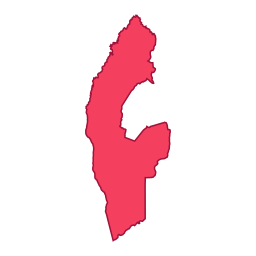 outline of Tuntum, Maranhão, Brazil
{"feature_id": "56859067B40556057821371", "entity_name": "Tuntum", "entity_type": "district", "adm_level": 2, "iso_a3": "BRA", "parent_name": "Brazil", "parent_adm1": "Maranhão", "projection": "equal_earth", "projection_center": [-44.727, -5.601], "detail": "fine", "context": "isolated", "style": "filled", "palette": "rose", "viewbox_px": 256, "rotation_deg": 0, "n_neighbors": 0, "source": "geoboundaries", "source_scale": "gbopen_adm2", "svg_char_len": 5766}
<svg xmlns="http://www.w3.org/2000/svg" viewBox="0 0 256 256"><path d="M111.9,53.2L110.4,52.4L109.9,52.9L110.4,53.3L110.2,54.8L109.7,55.2L109.6,56.2L109.1,56.7L108.6,56.9L108.1,57.4L108.2,58.3L107.1,59.5L106.9,60.2L107.0,61.1L106.9,62.0L106.1,62.1L104.9,63.3L104.8,64.7L104.6,65.5L104.1,65.9L102.5,66.6L102.1,67.4L102.2,68.6L102.7,69.0L102.3,69.9L102.1,70.9L101.6,71.7L101.1,71.8L99.8,73.0L98.9,73.1L97.8,74.2L97.8,75.2L98.3,76.0L98.1,77.0L97.9,77.7L97.4,77.7L96.1,77.1L95.6,77.4L95.5,78.1L94.9,78.6L94.5,78.1L93.9,77.9L93.4,80.2L92.8,80.7L92.7,81.4L93.4,82.8L93.3,83.9L93.4,85.7L93.1,86.3L92.9,85.7L92.6,85.3L92.2,85.8L92.0,87.3L92.0,88.3L91.6,89.0L91.9,89.8L91.1,91.2L90.7,92.8L90.6,93.5L91.2,93.8L91.1,94.8L90.3,95.2L90.4,96.0L90.7,96.9L89.9,98.7L90.0,99.8L89.8,101.0L89.6,101.8L89.1,101.8L88.6,102.5L88.5,103.3L88.5,104.0L88.0,104.7L87.4,104.7L86.9,106.1L86.1,106.5L86.2,107.4L86.1,108.4L86.8,109.3L86.3,112.1L86.4,113.1L87.3,114.9L87.6,118.5L87.4,119.5L87.6,121.0L87.5,121.6L87.4,123.1L87.2,123.7L87.2,124.5L86.9,125.4L86.7,126.5L86.6,128.1L86.0,129.4L85.8,130.6L85.8,131.6L85.9,133.6L86.2,134.6L86.7,135.5L87.7,136.9L89.0,137.6L90.0,138.8L90.7,139.9L91.2,141.4L91.9,142.7L92.9,144.0L93.1,145.4L93.4,146.2L93.6,147.0L93.7,150.0L93.5,150.8L93.3,152.7L93.4,155.7L93.1,158.0L93.2,158.7L93.2,161.3L92.9,163.5L93.3,164.7L93.3,165.6L92.9,167.3L92.8,168.4L92.8,169.2L93.0,170.2L93.9,171.8L94.3,172.2L94.7,172.7L94.9,174.9L94.9,177.3L95.3,178.7L95.9,178.9L96.2,179.6L97.2,180.4L97.3,181.2L97.6,182.0L98.0,182.4L98.2,183.2L98.7,183.9L98.9,184.8L100.7,187.5L101.0,188.8L101.5,189.9L103.4,191.8L104.3,192.3L104.7,192.8L104.7,193.6L105.6,195.1L105.6,195.9L106.5,200.0L107.2,201.6L107.5,202.7L107.2,203.5L106.6,204.4L106.4,205.1L106.3,206.1L105.9,207.0L105.9,208.0L106.1,208.7L105.5,211.3L106.7,214.9L107.8,219.5L113.2,240.6L114.0,240.0L114.7,239.7L115.3,239.6L116.3,238.9L117.0,238.1L117.7,237.8L117.9,237.1L118.0,235.4L118.3,234.9L118.9,234.5L119.5,234.8L119.9,235.3L120.9,235.3L122.7,234.7L123.3,234.0L124.5,232.9L124.8,231.8L125.6,230.9L126.1,230.2L127.5,229.6L128.0,229.1L129.4,228.6L129.8,227.8L130.9,226.2L131.8,225.4L132.8,225.3L133.3,225.0L134.0,225.2L134.5,225.6L135.3,225.0L135.9,224.3L136.2,223.8L136.6,223.3L137.1,223.1L137.3,222.5L138.1,222.3L137.9,223.0L139.0,223.6L139.6,223.2L139.3,222.0L139.7,221.2L140.3,220.9L142.5,221.3L143.6,220.3L144.0,219.7L144.6,219.4L145.2,218.7L145.1,184.6L145.3,177.6L146.2,177.7L151.4,177.5L153.0,177.2L153.7,176.6L154.5,175.7L154.9,175.6L155.2,175.0L155.7,172.7L155.6,171.4L154.7,169.7L154.6,169.0L154.5,167.7L154.8,166.6L155.3,165.9L156.8,164.8L157.5,164.0L157.8,163.2L157.4,162.4L157.3,161.6L158.4,160.3L160.3,159.2L161.6,158.9L164.5,158.6L167.3,157.0L167.7,155.2L167.6,153.4L168.3,151.8L168.7,149.9L169.1,149.2L169.3,148.0L169.4,145.5L169.7,144.4L169.7,143.4L169.4,140.8L169.5,139.5L169.4,137.3L169.7,136.1L169.8,134.4L169.7,133.7L170.1,132.7L170.2,131.5L170.2,130.8L169.8,129.7L167.9,129.5L167.4,127.3L167.3,125.6L166.6,123.5L166.2,122.8L164.6,122.3L163.3,122.9L162.4,123.0L153.7,125.6L151.1,126.3L150.3,126.6L150.0,127.2L149.5,127.4L147.8,127.3L147.4,126.8L146.9,126.4L146.1,128.2L144.5,129.2L143.3,130.3L134.7,141.1L124.9,137.4L125.0,135.5L124.9,134.4L125.2,132.9L125.6,131.8L125.7,130.9L125.9,129.7L125.3,129.2L124.6,129.0L123.7,129.1L123.1,128.6L122.7,127.9L122.0,128.0L121.3,127.6L120.6,126.8L119.9,126.6L119.8,125.9L120.4,125.6L120.8,125.0L120.7,124.3L120.8,123.2L120.6,122.1L120.9,121.1L121.3,120.7L121.8,119.8L121.1,119.0L121.5,118.1L122.1,117.1L122.3,113.9L121.1,111.8L121.1,110.9L121.3,110.1L121.7,109.3L121.8,108.4L121.8,106.7L121.9,105.8L131.7,90.3L132.3,90.1L133.2,89.2L134.1,87.9L134.5,86.6L135.0,86.1L135.6,85.9L136.2,85.4L136.9,84.5L137.2,83.7L137.7,83.5L138.6,83.3L139.1,83.3L139.8,83.8L141.0,82.6L141.7,82.3L142.4,81.7L143.0,81.9L143.6,81.8L144.2,81.2L144.8,81.1L145.9,80.5L146.4,79.8L146.8,78.7L149.1,80.2L149.5,80.8L150.7,81.9L151.5,82.4L152.0,83.0L153.0,83.3L153.6,83.3L153.5,82.6L152.9,81.1L151.9,80.1L152.3,78.2L152.2,77.6L151.4,75.9L151.3,74.1L151.6,73.1L152.0,72.2L152.8,72.5L153.7,72.3L154.4,71.5L154.8,70.9L155.2,69.9L155.4,69.1L155.2,68.5L154.5,68.2L154.1,67.8L153.2,67.3L152.8,62.7L151.6,62.8L150.5,62.5L148.0,61.0L148.7,60.6L149.3,59.9L150.0,58.9L150.8,57.2L150.7,56.2L150.3,54.8L150.2,52.4L150.5,51.7L151.0,51.0L151.5,50.5L152.1,50.3L152.9,50.4L153.6,49.3L153.9,48.3L153.8,47.5L154.1,46.5L154.5,45.7L155.3,44.9L155.6,41.7L155.7,39.6L155.8,38.9L155.7,38.2L155.3,36.9L155.5,36.2L154.9,35.3L154.3,34.0L153.9,33.6L152.7,33.7L152.9,34.5L152.4,34.5L152.1,33.7L151.9,32.9L151.5,32.2L150.9,31.8L150.2,32.2L149.7,29.8L149.0,29.1L148.2,28.8L147.6,28.8L147.2,28.4L146.7,27.8L146.1,28.1L145.6,27.6L145.8,26.3L144.5,26.7L144.0,26.6L143.3,26.3L142.9,25.9L142.6,24.9L142.0,24.3L141.1,24.1L141.5,22.5L140.5,21.9L139.9,21.0L140.1,20.3L140.4,19.6L140.0,19.1L139.9,18.0L139.3,17.9L138.7,17.9L138.1,16.9L137.6,16.5L136.9,15.4L135.9,15.4L136.3,16.3L135.7,17.1L134.9,17.1L134.4,16.5L133.6,16.3L133.2,17.3L132.1,18.1L132.1,19.1L131.7,19.6L131.0,19.5L130.7,20.5L130.0,20.5L129.8,21.3L129.8,23.1L129.6,24.1L129.0,24.1L127.7,25.7L127.4,26.5L127.6,27.2L126.8,28.1L126.5,28.9L125.8,29.1L125.0,28.1L124.4,27.8L123.6,28.6L122.7,30.5L122.0,31.1L121.0,31.3L120.6,32.0L120.3,32.8L119.6,32.9L119.1,33.6L118.8,34.2L119.7,35.7L118.5,36.9L118.5,37.8L118.1,38.2L117.9,39.1L118.3,39.6L118.4,40.4L118.0,41.1L117.2,40.6L117.0,41.6L117.5,42.9L116.2,42.7L115.5,43.1L114.7,43.9L114.3,43.5L114.6,42.6L113.8,42.5L113.1,42.9L113.5,43.6L112.9,44.2L111.7,44.9L111.8,45.7L111.2,45.4L110.8,44.9L110.5,45.7L110.0,46.3L111.2,46.9L111.0,47.8L110.6,48.8L111.0,49.4L111.8,49.4L112.3,50.2L112.4,51.7L112.3,52.7L111.9,53.2ZM111.9,53.2L112.4,53.9L112.9,54.5L112.3,54.9L111.6,53.9L111.9,53.2Z" fill="#f43f5e" stroke="#9f1239" stroke-width="1.5"/></svg>